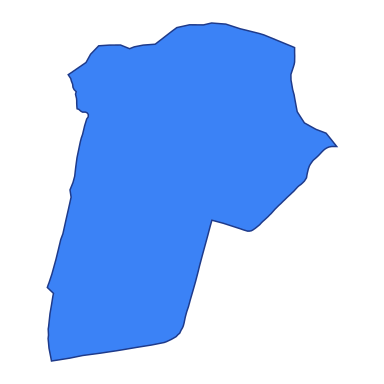 the district of Shubra Al-Khayma 2, Al Qalyubiyah, Egypt
{"feature_id": "37247803B84983151070332", "entity_name": "Shubra Al-Khayma 2", "entity_type": "district", "adm_level": 2, "iso_a3": "EGY", "parent_name": "Egypt", "parent_adm1": "Al Qalyubiyah", "projection": "robinson", "projection_center": [31.287, 30.135], "detail": "fine", "context": "isolated", "style": "filled", "palette": "blue", "viewbox_px": 384, "rotation_deg": 0, "n_neighbors": 0, "source": "geoboundaries", "source_scale": "gbopen_adm2", "svg_char_len": 2420}
<svg xmlns="http://www.w3.org/2000/svg" viewBox="0 0 384 384"><path d="M336.7,146.5L331.9,140.4L328.6,136.3L326.1,133.2L323.0,132.0L316.1,129.4L313.9,128.2L309.4,125.7L304.4,122.9L300.2,116.4L297.2,111.7L296.0,105.4L294.6,97.8L294.1,94.8L292.7,89.7L291.4,82.2L291.0,80.1L290.9,74.5L293.4,66.9L294.2,64.2L294.6,62.0L294.7,56.0L294.6,52.7L294.6,47.6L292.8,46.8L284.3,43.3L277.5,40.5L265.6,35.6L263.9,34.9L259.3,33.5L246.1,30.2L240.3,28.8L225.8,24.1L215.3,23.3L211.6,23.0L203.5,24.9L189.5,24.8L181.8,26.5L176.8,27.6L171.7,31.4L165.9,35.9L155.2,44.2L143.2,45.1L137.5,46.2L134.1,46.9L129.6,48.7L120.5,45.0L109.6,45.1L107.8,45.2L98.7,45.8L90.6,54.2L86.0,62.5L69.7,73.7L68.2,74.7L70.7,78.5L71.4,81.1L72.6,84.1L73.0,87.4L74.1,89.6L76.2,91.7L75.5,94.1L76.0,96.3L76.5,98.3L76.7,100.7L76.7,103.2L76.8,105.1L76.9,106.9L77.1,108.8L78.7,109.3L80.9,111.2L82.5,112.1L85.5,112.1L87.2,112.9L88.3,114.5L88.2,116.9L86.7,119.0L84.6,125.9L82.6,134.3L81.3,138.0L80.3,141.9L77.0,157.7L75.7,167.4L74.7,176.2L73.0,182.5L70.0,189.9L71.1,197.2L68.6,208.4L66.2,218.9L62.9,233.8L60.8,239.4L58.4,249.4L56.0,259.2L51.9,274.1L48.9,283.1L48.4,284.3L47.3,287.5L53.5,293.4L52.9,296.1L51.5,304.9L50.0,313.6L48.6,326.6L48.2,329.0L48.5,335.1L48.1,338.6L48.5,342.6L49.0,348.2L51.5,361.0L58.7,359.9L69.9,358.1L82.7,355.5L100.9,353.1L107.4,352.1L116.9,350.7L122.4,349.8L136.5,347.4L151.6,345.0L164.2,342.5L166.4,341.7L171.3,339.4L173.6,338.1L176.3,336.5L176.7,336.0L178.0,334.6L179.7,333.2L180.8,330.8L180.8,330.7L182.5,327.8L183.3,325.9L184.1,322.9L184.6,320.4L185.3,317.0L186.3,313.3L186.8,311.5L188.5,306.5L190.3,299.8L193.1,290.2L195.7,281.0L198.2,271.4L199.5,266.0L202.4,255.1L207.9,235.0L210.2,226.2L211.9,220.2L223.4,223.3L240.4,228.8L243.8,230.0L247.5,231.1L248.9,231.1L249.4,231.1L251.2,230.8L252.8,230.0L255.4,228.2L258.0,226.1L259.7,224.7L261.3,222.9L262.7,221.5L264.3,220.1L265.5,219.0L268.2,216.5L269.6,215.0L271.1,213.6L272.7,211.8L274.9,209.3L278.8,205.4L280.8,203.6L283.4,201.0L284.6,199.9L286.9,197.6L288.4,196.2L290.5,194.3L291.6,193.2L293.7,191.3L296.6,188.1L297.0,187.7L297.5,187.1L299.2,185.6L300.7,184.6L302.5,183.0L304.4,181.1L306.5,177.8L307.0,174.7L307.4,172.8L308.3,169.0L309.4,165.9L310.5,164.0L311.7,162.3L312.6,161.0L313.7,159.8L315.4,158.4L317.5,156.5L319.3,154.7L321.7,152.1L323.7,150.1L325.5,148.7L327.5,147.6L329.4,146.9L331.9,146.5L333.3,146.5L336.5,146.5L336.7,146.5Z" fill="#3b82f6" stroke="#1e3a8a" stroke-width="1.5"/></svg>